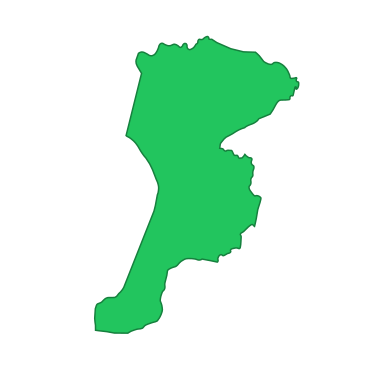 Dolores Merendon, Ocotepeque, Honduras (Equal Earth projection), rotated 192°
{"feature_id": "27666195B64666731554953", "entity_name": "Dolores Merendon", "entity_type": "district", "adm_level": 2, "iso_a3": "HND", "parent_name": "Honduras", "parent_adm1": "Ocotepeque", "projection": "equal_earth", "projection_center": [-89.141, 14.565], "detail": "fine", "context": "isolated", "style": "filled", "palette": "green", "viewbox_px": 384, "rotation_deg": 192, "n_neighbors": 0, "source": "geoboundaries", "source_scale": "gbopen_adm2", "svg_char_len": 6071}
<svg xmlns="http://www.w3.org/2000/svg" viewBox="0 0 384 384"><g transform="rotate(192 192 192)"><path d="M204.4,345.5L205.8,345.1L207.1,345.1L207.3,345.4L207.7,346.4L208.1,346.9L208.8,347.3L209.4,347.3L210.3,346.8L211.2,346.1L212.0,345.3L212.9,344.0L213.7,343.3L214.7,343.0L215.2,342.9L216.2,343.0L216.9,342.7L217.3,342.1L217.5,341.5L217.6,340.8L217.4,339.6L217.6,338.7L218.0,338.1L218.7,337.5L218.9,337.1L219.5,335.4L220.0,334.3L220.7,333.2L221.6,332.3L222.5,331.5L223.5,330.9L224.1,330.7L224.8,330.8L225.4,331.0L225.9,331.3L226.4,331.8L226.8,332.4L227.1,333.2L227.3,334.2L227.7,335.0L228.4,335.7L228.9,335.9L229.3,335.9L230.2,335.7L230.8,335.2L231.4,334.3L231.7,332.9L232.1,332.1L232.7,331.4L233.5,331.0L234.1,331.0L234.5,331.2L236.0,332.1L237.1,332.5L238.1,332.8L239.1,332.9L239.9,332.9L240.8,332.6L241.5,332.1L242.6,331.3L243.5,330.7L244.4,330.4L245.3,330.2L246.2,330.1L247.7,330.3L249.3,330.6L251.4,331.3L251.9,331.3L252.4,331.2L253.0,331.0L253.5,330.6L254.0,330.0L254.3,329.4L254.7,328.1L254.8,326.0L255.1,324.4L255.4,322.9L255.8,321.7L256.4,320.1L256.9,319.2L257.7,318.2L258.5,317.6L259.2,317.1L259.9,316.8L260.7,316.7L261.6,316.7L262.4,316.8L264.4,317.6L266.6,318.2L268.2,318.6L269.4,318.6L270.3,318.5L271.4,318.0L272.3,317.4L273.2,316.5L274.1,309.5L273.9,307.9L273.2,305.9L271.6,303.6L266.0,297.6L268.2,233.5L267.3,233.0L264.5,232.2L262.3,231.2L259.7,229.8L257.4,228.2L255.7,226.7L254.4,225.5L250.8,221.5L249.0,219.7L246.6,217.5L244.0,215.5L239.2,210.7L235.3,205.7L229.5,196.8L227.9,194.6L227.2,193.4L226.4,191.8L225.7,190.0L225.3,188.1L225.1,186.1L225.0,184.1L225.3,182.0L225.0,171.2L225.2,165.4L238.9,84.5L239.7,82.2L241.1,79.4L242.5,77.4L243.7,74.9L244.1,74.2L244.7,73.6L245.5,72.9L246.3,72.6L252.0,71.3L252.8,71.0L253.7,70.4L254.5,69.8L255.1,69.1L256.1,67.7L257.2,65.9L257.7,65.3L258.4,64.7L260.8,63.1L261.2,62.8L261.6,62.2L261.9,61.3L262.3,57.8L260.9,48.2L259.8,44.6L258.7,41.6L257.6,36.7L254.7,36.9L246.2,37.7L238.7,37.9L225.4,40.6L224.2,41.8L222.6,43.2L219.4,45.2L217.2,46.4L216.1,46.8L214.2,47.4L212.8,48.1L212.2,48.5L211.7,49.1L210.5,51.3L210.0,51.8L209.4,52.4L207.7,53.6L204.6,55.5L203.2,56.3L200.8,57.5L199.5,58.4L199.0,59.0L198.7,59.8L197.9,61.6L197.4,63.1L197.0,64.7L196.7,66.2L196.5,67.8L196.4,69.2L196.5,70.7L197.2,72.9L197.9,74.7L198.7,76.2L200.3,78.7L200.6,79.6L200.7,80.7L200.8,82.1L200.8,83.8L200.4,87.3L200.2,88.1L200.0,88.7L199.2,90.0L198.9,90.6L198.7,91.3L198.6,92.0L198.7,93.4L198.9,94.1L199.4,95.8L199.6,97.3L199.3,105.3L199.6,109.4L199.5,110.3L199.2,110.9L198.1,112.1L196.3,113.5L194.9,114.4L193.0,115.4L192.0,116.2L191.0,117.5L190.1,119.2L189.5,120.2L188.2,122.0L186.8,123.3L185.4,124.6L184.4,125.2L183.6,125.6L181.6,126.2L178.4,126.8L176.4,127.0L174.6,127.1L172.0,126.8L171.0,126.9L170.3,127.1L169.6,127.4L168.8,127.9L168.2,128.5L159.6,128.7L152.7,128.7L152.3,129.2L152.2,130.0L152.3,130.7L152.7,131.5L152.9,132.1L152.9,132.7L152.8,133.4L152.6,134.3L152.3,135.1L152.0,135.6L151.5,136.2L150.9,136.6L150.4,136.8L149.8,136.7L148.7,136.2L148.2,136.2L147.7,136.4L146.9,137.0L144.6,139.1L142.7,140.1L142.2,140.6L141.9,141.0L141.7,141.6L141.8,142.0L142.2,142.7L142.3,143.1L142.2,143.5L141.9,144.1L141.1,144.8L139.0,145.8L137.3,146.5L136.0,146.6L134.3,146.4L133.9,146.5L133.6,146.8L133.3,147.4L133.3,148.2L133.4,150.5L133.8,153.4L134.6,158.4L135.0,159.3L135.7,160.1L135.9,160.3L135.9,160.8L135.8,161.4L135.3,162.2L134.2,163.1L133.2,164.2L129.7,169.5L128.5,171.0L127.3,172.3L126.5,172.7L126.0,172.7L125.5,172.5L124.6,171.8L123.7,171.4L123.6,173.9L123.6,179.4L124.0,188.3L123.9,189.8L123.3,195.9L123.2,198.7L123.2,199.7L123.3,200.1L123.5,200.7L123.9,201.0L125.0,201.6L126.2,201.9L127.1,202.0L127.9,201.9L128.5,201.8L129.3,201.3L129.7,201.2L130.0,201.3L130.4,201.4L131.2,201.9L132.4,202.8L135.0,205.1L136.1,206.2L136.8,207.3L137.2,208.4L137.3,209.2L137.1,209.8L136.6,210.6L136.4,211.3L136.2,212.0L136.2,212.7L136.4,214.0L137.0,215.8L137.1,217.1L136.9,218.1L136.7,218.6L136.1,219.6L135.9,220.5L136.0,221.4L136.5,223.1L136.7,224.5L136.7,225.8L136.4,227.6L136.5,228.7L136.7,229.6L137.1,230.3L137.6,230.6L138.4,230.9L139.0,231.3L139.6,231.9L140.0,232.6L140.2,233.2L140.3,233.9L140.3,234.8L140.1,236.0L140.2,236.5L140.4,237.0L140.7,237.3L141.4,237.6L141.9,237.6L143.3,237.4L143.9,237.5L144.6,237.8L146.9,238.8L147.5,239.4L148.1,239.8L148.5,238.7L148.9,237.7L150.1,235.8L150.4,235.6L151.4,235.4L152.2,234.9L152.8,234.9L153.4,235.2L154.9,237.0L155.2,237.2L156.3,237.1L157.5,236.7L158.0,236.7L158.4,236.9L158.8,237.1L161.3,240.4L161.9,240.8L162.4,240.8L163.4,240.6L165.5,240.3L166.5,239.9L167.1,239.2L167.9,239.0L168.5,239.1L169.2,239.4L169.7,239.7L170.4,240.4L171.1,240.6L171.9,240.7L174.0,240.5L174.3,244.7L174.0,246.0L171.7,250.5L170.0,252.8L167.3,255.0L164.5,257.4L161.8,260.1L159.2,262.4L156.4,264.4L153.8,265.9L153.3,266.7L151.3,268.5L149.0,270.1L146.9,271.4L145.6,272.4L144.3,273.7L143.0,275.2L142.5,276.1L142.1,277.1L141.8,277.6L131.7,284.5L129.8,289.4L128.2,294.8L127.6,296.5L126.9,298.0L125.9,299.4L125.1,300.0L124.2,300.4L119.5,301.5L116.9,302.3L116.1,302.6L115.8,302.9L115.7,303.2L115.6,303.6L115.9,304.5L115.9,305.1L115.8,305.6L115.6,306.1L115.3,306.6L114.8,306.9L113.6,307.0L113.3,307.3L113.2,307.7L113.1,315.1L113.1,315.7L113.0,316.0L112.8,316.3L112.5,316.4L112.2,316.4L111.8,316.0L111.7,315.7L111.8,314.9L111.7,314.6L111.5,314.3L111.3,314.3L111.0,314.4L110.9,314.5L110.7,314.9L110.3,315.5L110.1,316.0L109.9,317.3L109.9,318.6L110.1,320.0L110.4,321.1L110.7,321.5L111.0,321.7L111.4,321.8L111.9,321.7L112.3,321.8L112.7,322.1L113.1,322.4L113.3,322.9L113.4,323.5L113.4,324.0L113.2,324.6L113.2,324.9L113.4,325.3L113.7,325.5L114.2,325.4L115.5,324.7L117.2,324.1L118.8,323.7L119.3,323.8L119.8,324.3L120.6,326.2L121.5,327.6L123.5,330.3L125.2,332.1L126.9,333.4L128.7,334.6L130.7,335.5L132.6,336.1L133.9,336.4L135.0,336.4L136.0,336.4L137.0,336.2L138.0,335.9L138.6,335.6L139.2,335.0L140.0,333.9L140.8,333.4L141.4,333.2L142.3,333.1L144.0,333.1L147.0,333.8L148.1,334.2L148.9,334.5L149.9,335.3L152.8,337.8L154.5,339.2L157.0,340.8L159.0,341.9L170.7,339.8L183.8,340.2L198.8,343.3L204.4,345.5Z" fill="#22c55e" stroke="#15803d" stroke-width="1.5"/></g></svg>